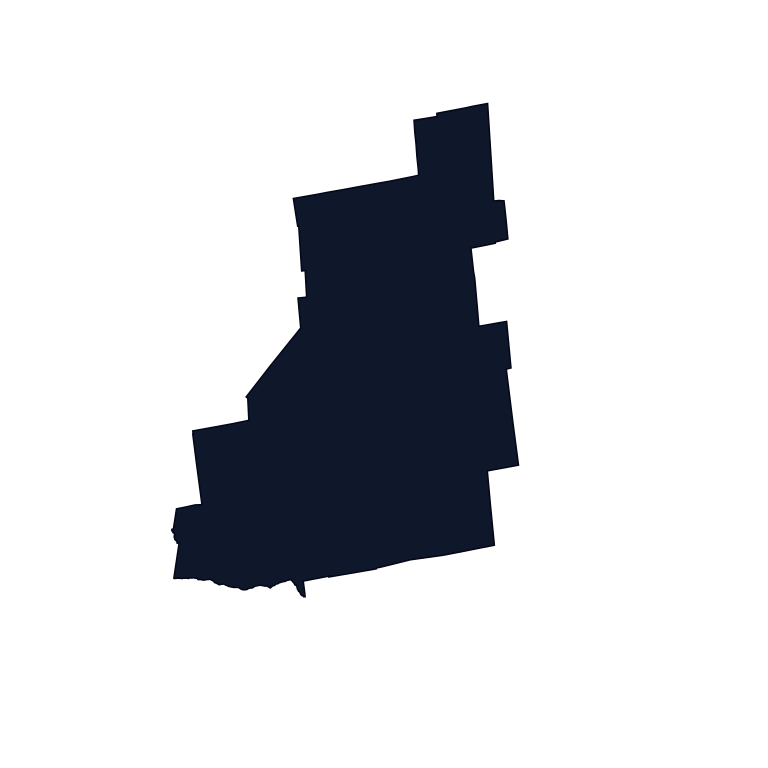 the district of Cañuelas, Buenos Aires, Argentina, rotated 219°
{"feature_id": "61730980B51566599298610", "entity_name": "Cañuelas", "entity_type": "district", "adm_level": 2, "iso_a3": "ARG", "parent_name": "Argentina", "parent_adm1": "Buenos Aires", "projection": "equal_earth", "projection_center": [-58.695, -35.156], "detail": "fine", "context": "isolated", "style": "filled", "palette": "ink", "viewbox_px": 768, "rotation_deg": 219, "n_neighbors": 0, "source": "geoboundaries", "source_scale": "gbopen_adm2", "svg_char_len": 5331}
<svg xmlns="http://www.w3.org/2000/svg" viewBox="0 0 768 768"><g transform="rotate(219 384 384)"><path d="M390.6,123.1L389.6,123.4L388.8,123.7L388.3,123.8L387.6,123.9L386.9,124.1L386.6,124.1L385.8,124.2L385.5,124.5L384.5,125.8L383.1,127.3L382.6,127.6L382.0,127.8L381.4,128.0L381.1,128.0L380.5,128.0L380.1,128.1L379.4,128.5L378.9,128.7L378.5,128.7L377.5,128.8L376.9,129.2L376.4,129.6L375.8,129.7L374.9,130.1L373.8,130.8L373.4,130.9L372.6,131.4L371.7,132.2L370.8,133.0L369.7,133.7L369.4,134.0L369.1,134.3L368.5,134.5L368.1,134.4L367.6,134.4L367.4,134.5L367.1,134.5L366.5,134.5L366.1,134.7L365.3,134.8L365.1,134.9L364.0,135.4L363.0,136.1L362.0,137.2L361.3,137.9L361.0,138.4L360.9,138.9L360.7,139.3L360.3,140.4L359.8,140.8L359.3,141.5L358.8,141.8L358.4,142.2L358.2,142.5L357.8,143.0L357.6,143.6L357.5,143.8L357.6,144.3L357.3,144.8L357.0,145.5L356.4,146.4L355.9,147.0L355.4,147.4L354.9,148.2L353.8,149.5L352.4,150.4L351.6,150.8L351.3,151.0L350.9,151.2L350.5,151.4L349.9,151.7L349.3,152.0L348.5,152.8L348.0,153.1L347.2,153.4L346.2,153.6L344.3,153.8L344.0,153.9L343.8,154.4L343.8,155.5L343.6,156.2L343.5,156.6L343.4,156.9L343.4,157.1L343.2,157.3L343.1,157.6L342.9,157.8L342.6,158.1L342.5,158.3L342.3,158.6L342.2,158.8L342.2,159.2L342.2,159.6L342.1,159.9L342.1,160.1L342.0,160.5L341.7,161.0L341.3,161.3L341.2,161.4L341.1,161.7L340.9,161.9L340.6,162.3L340.5,162.8L340.4,163.4L340.2,163.7L340.0,164.0L339.8,164.4L339.6,164.5L339.4,164.8L339.2,165.3L338.9,165.6L338.7,165.9L338.5,166.3L338.3,166.5L338.0,166.7L337.9,167.0L337.7,167.3L337.4,167.5L337.1,167.8L337.0,168.0L336.7,168.3L336.4,168.8L336.1,169.4L335.9,169.9L335.8,170.3L335.5,170.8L335.0,171.2L334.7,171.6L334.6,171.9L334.4,172.2L334.2,172.5L333.9,172.5L333.7,172.7L333.4,172.9L333.0,173.2L332.5,173.5L332.2,173.5L332.0,173.3L331.7,173.1L331.0,173.0L330.6,173.0L330.2,172.8L329.7,172.8L329.3,172.8L329.0,172.6L328.4,172.5L327.9,172.5L327.6,172.2L327.3,172.0L326.9,171.9L326.5,171.8L326.2,171.9L326.1,172.2L325.9,172.4L325.7,172.5L325.4,172.4L325.0,172.1L324.6,171.9L324.1,171.6L323.7,171.4L323.4,171.1L323.0,170.9L322.9,170.5L322.5,170.3L322.0,170.1L321.4,170.1L321.1,169.8L320.9,169.5L320.5,169.4L320.2,169.3L319.8,169.1L319.5,169.2L319.2,169.4L318.8,169.4L318.5,169.3L318.3,169.1L318.0,169.0L317.6,168.9L317.3,168.7L317.0,168.4L316.6,168.2L316.1,168.2L315.7,168.2L315.4,168.0L315.1,167.8L314.8,167.9L314.3,168.1L313.7,168.3L313.2,168.3L312.7,168.2L312.4,168.1L312.1,168.4L311.9,168.7L311.4,169.0L313.6,171.3L322.7,180.0L305.9,200.0L305.4,199.3L285.1,222.4L274.0,235.1L273.6,235.6L274.1,236.2L271.2,239.7L253.1,263.7L229.5,289.0L211.6,310.4L196.8,328.2L224.7,356.5L249.0,381.5L228.4,405.6L260.2,435.8L298.3,472.5L295.4,476.4L328.1,509.8L346.6,488.6L359.8,502.4L366.2,509.0L380.0,523.3L385.2,527.8L401.9,544.3L393.1,554.9L386.1,563.4L386.9,564.2L379.0,574.7L380.5,576.2L386.8,582.7L395.6,591.6L406.0,601.9L410.1,599.0L413.9,595.3L415.3,596.9L480.0,667.2L486.6,659.5L489.8,655.7L494.6,649.7L504.6,637.9L513.3,627.6L511.2,625.2L519.9,615.4L526.7,607.9L518.5,599.0L510.3,590.8L501.5,581.4L494.4,574.3L492.8,572.7L488.5,568.0L491.9,563.7L499.6,554.4L507.9,544.4L514.2,537.2L524.4,525.4L529.8,519.1L537.9,509.6L545.6,500.8L548.4,497.6L555.7,488.9L568.8,473.9L571.2,471.1L550.4,452.3L549.8,453.2L519.1,420.0L516.6,422.5L498.8,402.8L505.0,396.7L484.0,375.1L483.9,350.1L483.8,326.2L483.0,287.2L480.9,287.2L466.2,270.7L476.4,258.2L503.1,227.2L501.1,225.2L501.2,224.8L480.0,204.5L449.6,175.7L453.3,172.4L454.7,171.2L461.2,163.0L466.7,156.4L456.5,138.9L457.4,137.5L457.2,137.3L457.0,137.1L456.8,137.0L456.6,136.6L456.4,136.5L456.0,136.4L455.7,136.4L455.6,136.2L455.3,136.1L455.0,136.0L454.7,136.0L454.5,135.8L454.1,135.7L453.8,135.7L453.6,135.9L453.4,136.0L453.1,136.1L452.9,136.0L452.7,135.8L452.5,135.6L452.4,135.4L452.2,135.2L451.8,135.1L451.5,134.9L451.3,134.7L451.2,134.5L451.3,134.3L451.5,134.2L451.4,133.8L451.2,133.6L451.0,133.4L450.8,133.2L450.7,133.1L450.5,132.9L450.3,132.7L449.9,132.5L449.8,132.4L449.6,132.3L449.4,132.1L449.0,131.8L448.8,131.6L448.5,131.6L448.3,131.5L447.9,131.4L447.7,131.4L447.5,131.6L447.1,131.6L446.9,131.6L446.7,131.4L446.3,131.3L445.8,131.1L445.5,131.0L445.4,130.8L445.2,130.7L444.9,130.5L444.7,130.3L444.5,130.1L443.3,131.7L425.1,100.8L424.7,100.8L424.3,101.0L423.9,101.5L423.4,101.9L423.0,102.3L422.7,102.7L422.3,103.0L422.1,103.3L421.9,103.4L421.7,103.5L421.4,103.7L420.8,104.1L420.7,104.2L420.3,104.7L420.0,104.9L419.4,105.2L419.1,105.3L418.7,105.6L418.2,106.1L417.7,106.9L417.4,107.1L416.4,107.9L415.6,108.6L415.1,108.9L414.1,109.5L413.6,109.8L413.2,110.3L412.7,111.2L412.1,111.8L411.4,112.1L411.1,112.3L410.8,112.7L410.6,113.2L410.3,113.4L410.1,113.6L409.6,113.7L409.1,113.9L408.8,114.1L408.3,114.3L408.0,114.5L407.7,114.7L407.5,114.9L407.3,115.1L407.1,115.3L406.9,115.5L406.6,115.5L406.2,115.2L405.9,115.1L405.7,115.1L405.3,115.0L405.0,115.3L404.8,115.5L404.5,115.7L404.2,115.9L403.8,116.2L403.5,116.5L403.2,116.8L402.9,116.9L402.6,117.2L402.0,117.4L401.6,117.5L401.2,117.7L400.9,117.9L400.6,118.1L400.3,118.5L400.1,118.8L399.8,119.2L399.6,119.5L399.3,119.6L399.0,119.9L398.9,120.1L398.6,120.5L398.3,120.8L398.1,121.0L397.8,121.2L397.1,121.8L397.0,122.0L396.5,122.6L396.2,122.9L394.9,123.0L394.5,123.0L394.3,123.1L393.9,123.1L393.3,123.4L392.6,123.5L391.3,123.2L390.7,123.3L390.6,123.1Z" fill="#0f172a" stroke="#020617" stroke-width="1.5"/></g></svg>